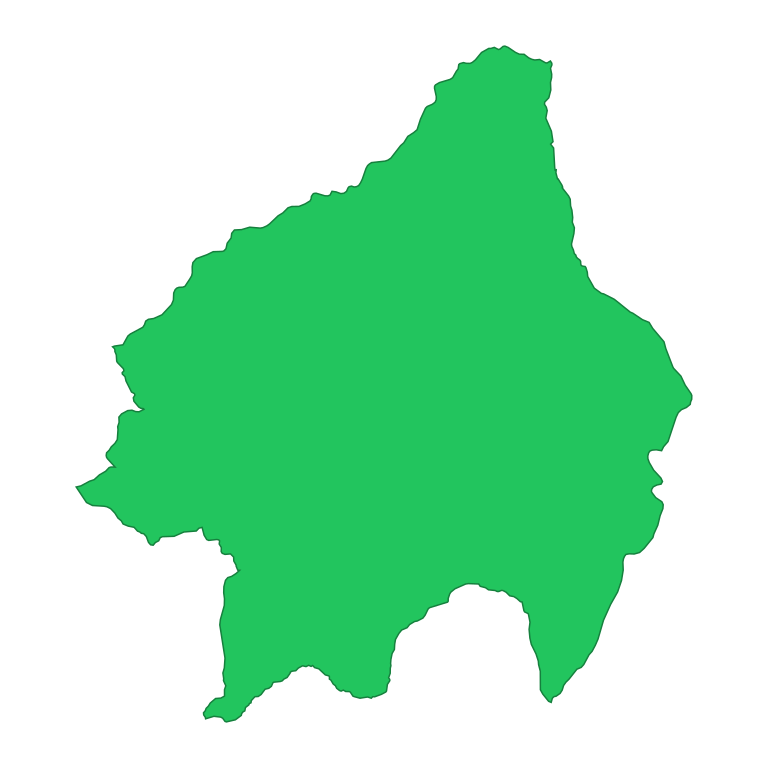 El Colegio, Cundinamarca, Colombia (Robinson projection)
{"feature_id": "7082276B60890282056473", "entity_name": "El Colegio", "entity_type": "district", "adm_level": 2, "iso_a3": "COL", "parent_name": "Colombia", "parent_adm1": "Cundinamarca", "projection": "robinson", "projection_center": [-74.434, 4.561], "detail": "fine", "context": "isolated", "style": "filled", "palette": "green", "viewbox_px": 768, "rotation_deg": 0, "n_neighbors": 0, "source": "geoboundaries", "source_scale": "gbopen_adm2", "svg_char_len": 6081}
<svg xmlns="http://www.w3.org/2000/svg" viewBox="0 0 768 768"><path d="M171.5,304.6L162.0,314.8L153.7,318.5L148.4,319.3L145.7,321.1L144.5,324.7L142.8,327.3L130.3,334.0L127.9,336.0L123.0,344.8L114.4,346.1L112.6,346.8L114.4,348.5L114.9,349.8L114.9,351.5L116.3,354.9L116.7,361.1L117.4,362.5L123.4,368.7L123.9,370.9L122.2,372.6L122.3,374.0L125.0,376.6L126.0,381.0L131.5,392.0L134.4,393.6L134.7,394.3L134.8,395.3L133.3,397.8L133.9,401.2L138.7,407.0L140.9,408.3L143.4,408.6L144.0,409.3L139.0,411.8L135.6,411.6L132.0,410.2L127.7,410.6L121.6,413.9L118.9,417.1L119.1,422.4L117.7,426.7L118.0,429.8L117.3,439.6L114.9,443.4L111.3,446.8L109.2,450.2L106.6,452.8L106.2,455.3L106.5,457.1L107.4,458.6L115.1,467.1L111.0,467.0L109.1,467.6L105.6,471.3L99.5,474.8L94.1,479.7L89.6,481.2L80.9,485.9L76.2,487.0L86.5,502.5L92.5,505.5L104.0,506.2L107.0,506.8L110.6,508.6L114.8,513.0L118.0,518.1L121.3,520.8L123.1,524.0L128.2,526.1L134.1,527.3L137.5,531.1L140.0,532.1L141.3,533.3L143.7,533.7L146.3,536.5L148.5,542.4L150.6,544.8L153.2,545.2L155.4,542.5L158.7,540.8L160.2,537.7L162.3,536.7L174.1,536.3L183.9,532.0L196.3,531.0L198.9,528.2L202.1,527.4L204.1,535.2L206.7,539.5L208.7,540.4L216.7,539.5L218.7,539.8L219.6,540.9L219.2,544.0L221.3,547.5L221.2,551.6L222.2,553.3L225.0,554.4L230.5,553.9L233.6,557.0L233.8,561.0L236.1,565.1L236.2,566.4L237.8,570.2L239.6,570.3L236.1,573.5L231.6,576.4L227.8,577.6L225.5,580.3L223.9,586.6L223.7,592.7L224.5,598.8L224.3,605.5L220.4,619.5L219.8,624.9L225.0,658.1L224.3,668.0L222.9,673.0L223.7,678.6L223.5,680.6L225.8,685.8L224.5,689.7L224.5,696.1L220.8,698.1L215.6,698.5L210.3,703.0L208.3,706.2L206.1,708.4L205.3,710.7L203.5,712.8L203.7,714.9L205.4,717.4L205.6,718.8L213.9,716.3L220.7,717.1L222.7,718.2L225.0,721.4L226.4,721.9L235.4,719.8L241.3,715.4L241.7,713.5L243.1,711.8L244.8,710.9L245.5,707.5L248.8,704.9L249.4,703.5L251.0,702.8L251.3,700.6L254.9,696.7L258.2,696.5L261.1,694.5L265.1,689.2L268.8,688.3L271.4,686.3L272.9,682.8L273.7,682.2L280.3,681.5L282.3,680.8L283.9,679.1L287.1,677.5L290.1,673.2L290.3,672.2L292.0,671.2L295.8,670.7L298.4,668.0L302.6,665.8L306.0,666.6L308.7,665.3L311.1,666.4L312.7,665.5L314.6,667.6L318.8,668.8L325.3,674.9L328.9,675.9L329.4,676.7L329.4,679.1L330.9,680.1L333.2,684.0L335.4,685.7L336.7,688.3L339.5,690.5L341.1,691.1L343.3,690.1L345.7,691.5L349.4,691.6L350.3,692.1L353.0,696.2L354.4,696.7L360.0,698.2L367.6,697.0L371.3,698.2L372.7,696.7L374.7,696.8L381.5,694.3L385.8,692.0L386.5,691.0L387.4,684.4L389.8,680.7L389.7,679.3L388.6,677.8L390.2,673.3L390.3,668.2L390.9,665.7L390.6,663.5L390.9,659.5L392.1,653.5L394.4,649.5L394.7,644.1L395.5,639.4L398.9,633.4L401.7,630.0L407.1,627.7L409.6,624.5L414.6,621.5L417.3,621.0L422.9,618.1L425.1,615.2L428.1,609.0L429.5,607.7L447.6,602.1L448.2,601.1L448.2,598.4L449.8,593.7L451.0,592.0L454.9,588.8L465.7,584.0L468.4,583.6L478.7,584.0L480.2,586.3L485.5,587.7L488.5,589.8L495.1,590.5L497.2,591.5L498.8,591.5L501.4,590.4L502.9,590.5L506.1,592.2L509.7,595.8L513.9,596.6L517.0,598.6L520.4,601.7L522.1,602.0L523.9,610.6L524.6,611.9L528.2,613.6L528.6,615.1L530.0,622.2L529.1,629.4L529.9,638.1L531.3,644.3L536.0,653.9L538.3,661.0L538.6,664.6L540.3,671.2L540.4,689.8L542.8,694.1L548.6,701.3L551.2,702.4L552.3,698.4L553.1,697.4L554.1,696.6L556.1,696.2L560.1,693.4L562.2,690.1L563.6,685.5L565.9,682.2L569.0,679.2L576.9,669.2L581.2,667.4L583.8,664.5L589.0,654.8L592.1,651.3L595.3,645.3L598.0,639.1L603.5,620.2L610.6,604.4L617.6,592.0L621.5,580.5L623.2,570.1L622.9,562.0L623.5,558.7L624.6,556.2L626.0,554.4L629.3,553.8L634.2,554.0L639.6,552.5L644.2,548.3L652.9,537.6L653.9,533.8L657.8,525.2L660.1,515.7L662.9,508.6L663.2,504.7L661.9,501.8L655.7,497.6L651.8,492.4L651.4,491.1L651.8,489.1L653.3,486.8L656.9,485.0L661.1,484.1L662.5,481.5L660.9,478.0L653.7,470.2L649.3,462.6L647.9,458.7L647.8,456.0L648.7,452.7L650.1,450.9L652.4,450.1L656.3,449.8L661.6,450.7L663.6,446.7L668.0,441.6L676.1,417.2L678.3,412.6L681.5,409.6L686.4,407.5L690.2,404.4L690.6,401.9L691.7,399.3L691.8,395.5L691.0,393.6L685.2,385.2L680.9,376.1L673.6,368.3L672.8,366.8L665.8,348.6L664.0,341.8L652.7,328.4L649.1,322.4L642.5,319.7L632.8,313.2L630.2,312.1L614.3,299.3L603.7,293.9L601.4,293.4L594.3,288.2L587.7,276.5L587.3,272.2L585.9,267.6L585.1,266.5L582.3,266.1L581.3,265.4L580.8,264.5L580.6,261.3L579.7,259.9L577.5,258.3L576.2,256.7L575.9,255.2L574.3,253.6L573.4,250.0L571.8,246.4L571.5,244.0L573.9,233.5L574.4,227.8L572.3,222.2L572.7,217.5L571.9,210.2L570.6,206.0L570.2,199.2L568.6,196.0L562.2,187.8L562.7,187.2L561.9,185.1L558.1,178.9L557.5,178.9L557.1,177.4L555.9,172.7L556.2,169.8L555.1,170.1L554.7,167.3L553.6,148.0L550.6,144.1L553.0,141.7L551.4,131.2L545.8,118.2L547.2,110.6L546.3,107.2L544.5,104.3L544.7,102.1L548.8,97.8L550.8,90.0L550.5,82.4L551.6,77.6L551.7,74.2L550.5,68.3L551.9,64.9L551.8,63.2L550.4,61.0L547.2,62.9L545.7,62.9L539.6,59.5L534.8,60.0L531.8,59.3L528.6,57.8L524.1,54.3L519.4,54.2L515.5,52.4L508.1,47.4L504.9,46.1L503.1,46.4L499.9,49.1L498.4,49.5L494.3,47.4L491.0,48.4L488.8,48.4L481.5,52.5L475.4,59.9L472.3,62.4L470.1,63.4L466.1,63.3L463.5,62.6L459.9,63.6L458.8,64.5L458.1,69.0L456.3,71.3L452.7,77.7L450.1,79.4L439.4,82.6L435.5,84.9L434.6,86.2L434.5,88.2L436.3,96.6L436.2,99.8L435.0,102.3L432.3,104.3L427.2,106.5L425.5,108.2L420.5,119.1L417.1,129.7L413.7,132.6L407.8,136.4L403.8,142.8L400.6,145.6L390.9,158.1L388.0,160.1L385.1,161.1L371.5,162.6L369.1,164.2L367.6,165.6L366.0,168.5L362.3,179.2L360.5,182.9L358.6,185.6L356.4,186.7L354.1,187.0L351.5,186.1L349.1,186.7L348.1,187.8L346.5,191.4L344.0,193.2L340.8,193.6L336.1,191.9L332.0,191.3L330.0,195.1L327.8,195.9L324.9,195.8L316.1,193.2L314.0,193.4L313.0,194.0L311.4,196.4L311.1,198.9L310.1,200.9L304.9,204.0L299.0,206.4L291.8,206.5L288.0,207.8L282.9,212.9L278.1,215.8L269.6,223.9L266.8,225.9L263.0,227.6L260.3,228.1L249.7,227.2L241.6,229.6L234.4,230.0L231.7,233.3L231.1,238.0L227.2,243.2L226.0,248.7L223.9,250.9L222.4,251.4L213.2,251.7L207.0,254.7L196.4,258.6L192.9,262.6L192.2,266.7L192.3,272.9L191.7,275.7L189.8,279.0L184.9,286.4L182.6,287.2L179.0,287.3L176.8,288.1L175.2,289.6L173.7,293.0L173.4,300.1L171.5,304.6Z" fill="#22c55e" stroke="#15803d" stroke-width="1.5"/></svg>